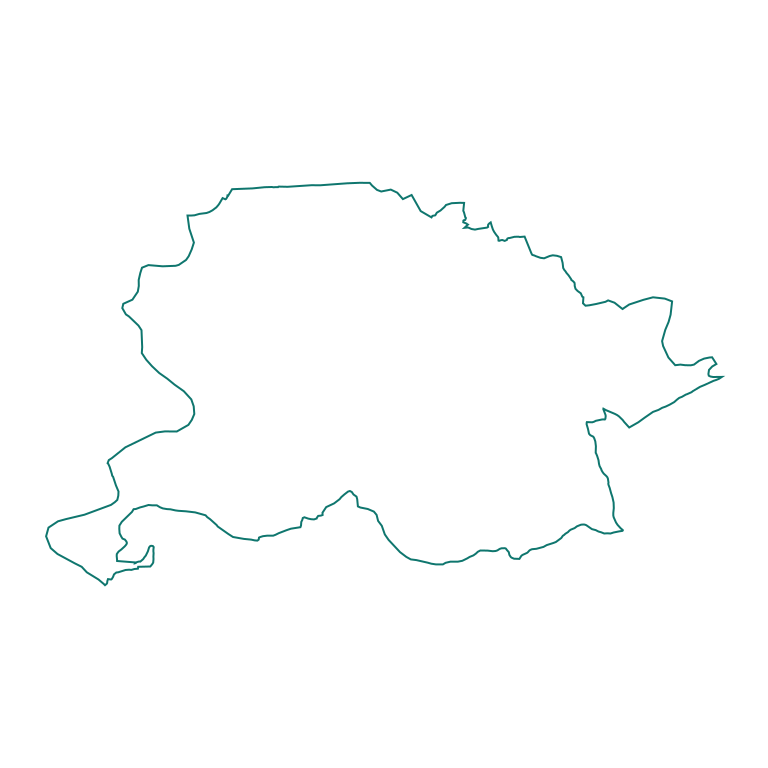 Gadinti, Neamt, Romania (Robinson projection)
{"feature_id": "2599482B80343576594482", "entity_name": "Gadinti", "entity_type": "district", "adm_level": 2, "iso_a3": "ROU", "parent_name": "Romania", "parent_adm1": "Neamt", "projection": "robinson", "projection_center": [27.043, 46.924], "detail": "fine", "context": "isolated", "style": "outline", "palette": "teal", "viewbox_px": 768, "rotation_deg": 0, "n_neighbors": 0, "source": "geoboundaries", "source_scale": "gbopen_adm2", "svg_char_len": 6116}
<svg xmlns="http://www.w3.org/2000/svg" viewBox="0 0 768 768"><path d="M565.3,533.8L568.0,532.1L569.3,530.7L570.7,529.7L574.6,528.1L577.0,526.3L581.0,524.7L583.2,524.5L584.7,524.6L586.3,525.2L591.9,529.1L595.7,530.1L598.4,531.5L601.2,532.3L604.2,533.5L607.3,533.3L610.5,533.5L613.6,532.5L619.0,531.4L622.3,530.9L622.8,530.5L622.8,530.1L620.7,528.3L617.6,524.9L616.0,522.5L613.7,517.3L613.3,515.5L613.3,512.9L613.8,508.1L613.6,502.5L612.4,497.1L611.1,493.2L609.7,488.0L608.5,484.8L608.3,483.7L608.5,482.6L607.9,478.6L607.3,477.2L606.3,476.0L603.8,473.7L602.8,472.4L601.6,470.4L601.2,469.1L599.6,466.1L599.0,463.8L598.5,460.2L597.1,455.8L595.9,453.0L595.7,452.8L595.9,446.2L595.3,441.4L594.2,438.2L593.3,436.7L590.3,435.2L589.0,433.7L588.0,429.0L586.6,424.2L586.7,422.6L586.9,422.1L592.2,422.3L594.1,421.7L595.8,420.8L601.9,419.5L603.2,419.4L604.8,419.5L605.4,418.7L605.7,416.1L605.5,414.9L603.3,409.1L603.4,408.7L605.9,410.1L614.9,413.9L617.2,415.1L619.0,416.4L622.7,420.0L624.2,422.0L629.2,427.5L638.3,422.3L644.9,417.5L653.0,411.9L658.5,409.9L662.2,407.8L665.6,406.6L669.6,404.7L674.2,402.1L676.9,399.7L679.2,397.9L682.0,396.8L685.8,394.6L687.0,394.2L691.5,392.2L692.9,391.1L699.9,386.9L704.7,384.9L713.6,380.8L716.1,380.0L719.0,378.8L721.9,376.9L713.1,377.0L710.4,376.5L708.8,375.7L708.4,374.0L709.0,369.9L712.2,366.5L716.4,364.0L712.1,357.3L709.5,357.5L704.1,358.6L698.9,360.9L694.0,364.6L690.8,365.3L685.2,365.2L680.4,364.6L675.2,365.2L668.4,357.5L663.1,346.0L662.1,341.1L665.3,329.8L668.6,321.9L670.6,314.7L672.1,301.4L664.8,298.6L653.0,297.3L643.5,299.8L629.2,304.5L622.5,309.0L614.5,302.7L608.1,300.4L605.5,301.8L596.1,304.0L589.2,305.3L585.5,305.7L583.0,303.3L583.4,297.3L582.3,296.7L580.8,293.3L577.6,291.0L575.5,288.8L574.7,285.9L574.7,284.1L574.4,282.6L572.8,281.0L571.3,279.9L571.1,279.1L568.6,275.4L566.3,272.7L565.6,271.5L564.2,269.8L563.2,268.0L562.6,262.8L561.1,257.1L556.9,255.8L552.8,255.3L549.7,256.0L544.1,258.3L540.4,257.8L535.9,256.2L534.4,255.5L532.3,254.9L531.5,253.6L524.6,236.6L519.8,237.0L518.5,236.7L514.5,236.8L509.7,238.0L508.5,238.1L507.5,238.5L507.1,239.1L506.9,239.9L504.7,240.9L502.3,240.0L500.9,240.2L499.6,240.7L499.1,240.8L498.5,240.6L498.3,237.8L498.0,237.0L496.1,234.7L494.1,231.8L492.9,229.5L491.7,225.9L490.7,222.4L489.3,223.4L488.2,224.6L488.0,226.1L488.1,226.9L487.0,227.6L478.3,228.9L475.0,229.6L471.5,229.0L468.9,227.8L467.7,227.5L464.5,227.8L467.9,224.6L467.1,224.2L466.6,223.6L463.3,222.3L463.4,220.6L463.7,220.3L465.2,219.9L465.9,218.1L465.7,217.6L465.3,217.3L464.0,212.4L463.3,210.8L464.1,202.9L459.9,202.8L451.7,203.2L446.0,205.0L444.6,206.8L440.5,210.5L436.8,212.7L435.3,215.3L432.4,215.9L431.5,217.4L420.7,211.1L411.6,195.0L402.9,199.1L397.3,192.7L390.8,189.6L381.2,191.5L377.0,189.9L372.1,185.6L369.8,182.9L359.7,182.8L347.2,183.3L319.9,185.3L311.7,185.2L287.6,186.8L278.9,186.6L278.4,186.7L278.1,187.1L275.2,187.1L273.8,187.3L271.8,187.0L264.7,187.2L252.6,188.4L232.1,189.2L228.1,195.8L227.5,195.5L227.1,197.3L226.1,198.9L225.4,199.3L222.6,198.1L219.3,203.7L218.3,205.1L216.4,207.3L212.5,210.3L209.4,212.0L206.5,213.0L199.4,213.9L194.5,215.3L191.7,215.5L187.5,215.5L189.3,228.7L193.9,242.6L191.7,249.4L188.7,256.2L186.1,259.9L178.8,264.9L175.6,265.8L162.6,266.3L148.4,265.1L142.0,267.7L140.3,273.0L138.7,280.0L138.8,286.0L137.8,291.7L132.4,299.7L123.3,303.8L122.3,308.1L125.9,314.4L128.9,316.4L138.5,325.6L141.5,330.2L142.2,347.2L141.8,353.1L146.3,359.8L152.1,366.3L159.2,373.0L167.3,378.7L174.5,384.6L183.8,391.2L191.3,399.4L193.7,406.3L194.3,414.0L191.8,419.9L188.4,424.9L176.8,431.5L164.9,431.4L155.7,432.6L125.4,447.3L111.8,458.2L108.8,460.1L107.6,463.2L108.3,463.9L109.6,466.7L111.8,473.8L112.2,475.7L113.1,476.8L115.9,485.3L118.5,491.5L118.3,495.7L117.3,499.9L114.8,502.2L111.0,504.9L84.5,514.7L66.0,519.1L58.0,521.3L48.5,527.6L46.1,536.3L50.7,548.1L57.5,554.0L74.9,563.4L81.7,566.8L86.8,572.3L98.5,579.5L103.7,583.9L105.0,585.2L106.6,583.9L107.1,583.1L107.4,580.9L108.0,579.1L111.1,579.5L111.8,579.0L113.1,576.8L114.0,574.4L116.3,572.5L118.2,572.3L125.5,570.0L129.1,569.7L131.4,569.9L134.4,569.0L137.9,568.7L138.2,566.8L150.3,566.5L152.2,564.2L153.2,562.6L153.5,559.1L153.4,556.6L153.6,553.1L153.4,551.5L153.4,549.7L153.7,547.1L152.8,546.0L151.1,545.8L150.2,546.1L149.1,547.4L147.9,551.3L145.8,555.6L144.3,557.4L143.2,559.1L140.3,561.6L139.2,561.5L137.6,561.9L136.4,562.3L135.8,563.0L134.8,563.3L135.0,562.4L117.1,561.0L117.0,559.1L116.7,556.0L116.8,554.1L118.0,552.3L118.9,551.3L121.3,549.5L124.8,546.3L126.4,544.4L126.9,543.0L126.4,541.5L124.9,539.6L122.5,538.6L121.3,536.7L119.6,533.3L119.3,528.9L119.4,525.6L121.8,521.8L132.0,511.9L133.6,509.2L135.8,509.0L140.1,507.4L143.6,506.5L148.5,505.0L151.9,505.3L156.8,505.3L159.9,507.2L162.8,508.4L167.0,509.1L170.4,509.3L175.4,510.4L178.4,510.8L185.9,511.3L195.2,512.4L205.6,515.3L207.2,517.1L210.1,519.2L216.7,525.1L217.7,526.5L228.2,533.9L233.0,537.0L243.9,538.9L251.1,539.6L254.8,540.4L257.4,540.6L258.7,539.6L259.0,537.6L260.3,537.0L262.9,536.2L266.9,535.7L273.1,535.7L275.5,534.8L278.7,533.2L286.5,530.2L290.9,528.7L300.4,527.2L301.0,525.6L301.3,521.9L302.3,519.9L302.8,518.0L304.4,517.3L308.2,518.6L311.1,519.2L314.0,519.4L316.7,518.5L316.9,517.7L318.2,515.9L320.9,515.6L322.6,515.0L322.5,512.7L326.2,507.1L334.1,503.4L339.6,499.2L341.3,497.1L344.4,494.4L348.0,491.6L349.9,491.0L351.8,492.0L353.5,494.5L356.5,496.6L357.2,499.2L357.9,506.4L360.3,507.5L367.8,509.0L373.9,511.6L376.6,514.9L378.1,520.9L381.8,525.8L384.8,534.4L388.6,539.9L400.0,552.1L406.3,556.9L410.8,559.4L416.4,560.1L427.8,562.7L431.3,563.7L435.9,564.4L442.9,564.4L445.6,562.8L450.3,561.7L457.7,561.7L462.3,560.8L467.2,558.4L469.7,556.9L473.4,555.4L475.9,553.6L477.8,551.8L480.3,550.5L487.5,550.6L492.7,551.2L495.6,551.0L497.4,550.4L499.7,548.9L501.5,548.3L504.9,548.2L505.9,548.6L506.9,550.0L508.4,551.7L508.8,552.2L509.4,554.9L510.7,556.9L511.5,557.6L514.0,558.7L519.4,558.9L521.3,555.9L522.0,555.3L522.8,554.8L527.0,552.9L527.7,552.4L529.3,550.6L530.3,549.9L532.1,549.2L536.4,548.8L543.5,546.9L546.7,545.1L553.3,543.0L555.9,542.0L561.3,538.0L562.8,535.8L564.3,534.8L565.3,533.8Z" fill="none" stroke="#0f766e" stroke-width="2"/></svg>